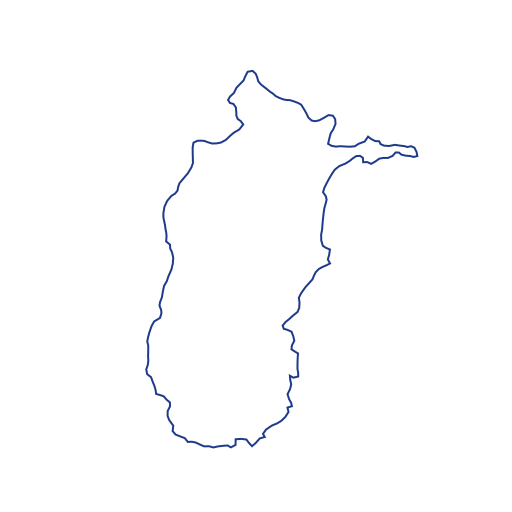 Juramento, Minas Gerais, Brazil (Equal Earth projection), rotated 222°
{"feature_id": "56859067B1388258583014", "entity_name": "Juramento", "entity_type": "district", "adm_level": 2, "iso_a3": "BRA", "parent_name": "Brazil", "parent_adm1": "Minas Gerais", "projection": "equal_earth", "projection_center": [-43.566, -16.852], "detail": "fine", "context": "isolated", "style": "outline", "palette": "blue", "viewbox_px": 512, "rotation_deg": 222, "n_neighbors": 0, "source": "geoboundaries", "source_scale": "gbopen_adm2", "svg_char_len": 3313}
<svg xmlns="http://www.w3.org/2000/svg" viewBox="0 0 512 512"><g transform="rotate(222 256 256)"><path d="M156.9,89.0L153.3,93.1L150.3,96.2L146.6,97.0L144.8,101.9L148.5,106.2L144.5,110.3L140.3,113.2L136.4,112.4L131.7,112.0L131.1,116.7L131.1,123.0L128.4,127.3L131.8,128.5L132.4,133.8L130.7,140.7L128.3,145.7L126.9,150.4L126.5,155.9L127.5,161.9L131.2,164.4L128.8,168.4L131.8,170.5L135.5,171.7L140.1,174.4L141.6,179.8L143.9,184.1L147.6,186.8L150.7,189.7L146.8,190.6L144.0,194.7L146.5,197.4L149.7,199.9L153.5,204.2L156.3,207.5L159.6,211.7L163.8,210.9L167.2,210.4L169.5,213.6L170.8,218.6L174.6,221.3L178.9,223.5L183.4,222.1L186.6,220.5L189.7,222.2L189.8,227.2L189.1,231.4L188.7,236.0L187.7,242.2L189.1,246.3L192.5,250.5L196.2,253.6L197.6,258.7L198.4,265.8L198.4,271.2L198.4,276.4L199.9,280.5L200.8,284.0L200.6,288.4L199.3,292.2L197.5,296.1L196.0,300.0L200.3,301.5L202.4,305.8L205.4,310.3L209.3,308.9L213.1,308.3L217.9,311.2L221.9,315.5L224.7,320.1L227.3,323.4L230.4,327.5L234.7,333.5L237.2,337.3L239.2,341.3L241.2,345.1L244.0,347.1L248.9,348.3L250.8,352.4L252.2,357.4L253.5,362.7L254.6,368.2L255.2,372.9L254.3,378.5L251.5,384.3L250.0,389.3L249.4,393.4L248.3,397.4L245.7,400.0L242.3,400.5L239.1,397.4L236.1,400.3L232.1,401.5L230.4,406.7L229.5,410.9L226.9,414.2L223.6,417.1L221.5,421.7L221.5,426.4L219.0,428.5L215.8,428.6L211.8,430.8L208.1,433.6L205.1,435.1L203.0,438.2L206.2,440.7L210.7,442.5L214.3,441.3L216.3,438.4L219.3,436.9L222.7,434.5L227.2,431.5L230.7,426.8L234.7,423.7L238.3,422.5L241.2,423.7L244.3,421.2L248.6,420.0L252.6,419.7L251.8,413.9L254.8,408.1L256.0,403.6L259.3,400.1L263.4,396.7L266.7,394.1L269.8,390.8L273.4,388.5L277.5,387.6L280.2,392.5L282.6,397.2L283.3,401.7L285.3,407.4L288.8,410.7L292.8,411.7L296.4,409.2L298.1,403.8L299.8,399.1L302.3,395.7L305.3,393.9L309.7,393.9L313.9,395.7L319.2,397.4L323.8,398.7L327.4,397.8L331.2,396.3L335.1,394.5L337.5,392.5L340.2,390.8L344.5,389.1L348.4,388.0L352.1,388.0L355.4,387.5L360.1,387.3L363.6,387.0L367.3,386.8L371.1,387.3L374.7,389.6L378.0,391.2L382.4,391.3L385.5,387.3L384.1,382.0L382.7,378.2L382.9,373.6L383.1,368.0L381.5,362.3L382.0,357.2L381.2,353.3L377.8,352.3L374.5,353.9L370.3,352.9L366.7,349.5L364.4,347.1L361.3,345.6L357.6,346.0L353.5,345.2L353.1,338.8L355.0,332.7L355.6,328.4L356.1,322.0L358.0,316.8L360.5,313.5L363.8,310.3L367.5,308.5L371.5,306.9L374.4,304.6L376.7,302.3L378.3,298.4L375.8,294.4L372.6,290.9L369.9,288.0L367.3,285.3L365.0,282.8L363.3,278.6L362.0,272.1L361.8,265.4L361.6,259.0L360.1,255.3L358.1,252.1L357.9,248.2L359.1,244.0L358.9,237.6L357.0,231.4L353.6,226.0L350.5,222.6L347.2,220.2L344.2,218.0L341.3,215.5L338.2,213.2L335.6,210.7L332.5,206.7L327.5,206.9L324.8,204.2L320.8,202.5L316.3,199.3L312.6,194.5L309.8,189.3L307.5,182.3L305.4,177.5L304.3,172.2L301.2,166.9L298.3,162.4L296.4,157.4L294.5,154.5L290.3,152.4L287.9,150.1L285.9,145.7L287.9,139.2L286.7,134.0L284.2,128.1L282.1,123.9L279.6,119.7L276.0,117.2L272.2,112.9L269.3,109.5L266.0,106.2L263.5,102.6L261.7,98.3L257.8,95.4L252.9,95.7L248.2,93.2L244.6,91.5L241.2,89.4L237.9,86.7L234.4,88.4L230.7,90.0L226.4,89.4L222.0,89.6L219.3,86.7L217.9,81.7L214.7,78.0L210.7,76.0L207.3,75.3L203.9,74.5L200.8,70.1L196.2,69.5L191.7,71.2L187.0,73.0L182.3,72.2L179.3,75.1L176.1,77.0L172.1,78.2L167.2,79.8L163.6,83.2L159.6,85.2L156.9,89.0Z" fill="none" stroke="#1e3a8a" stroke-width="2"/></g></svg>